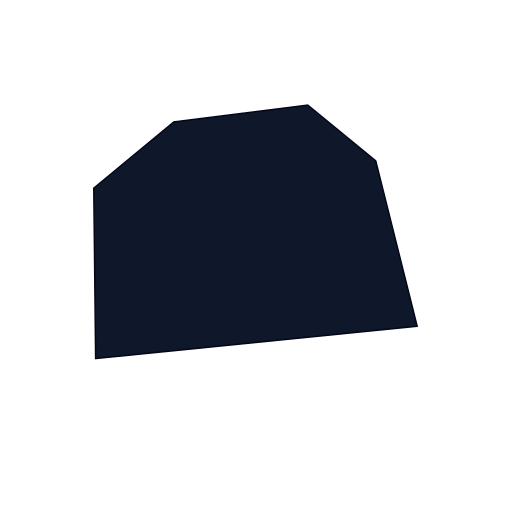 outline of Xgħajra, rotated 114°
{"feature_id": "MLT-5952", "entity_name": "Xgħajra", "entity_type": "state/province", "adm_level": 1, "iso_a3": "MLT", "parent_name": "Malta", "parent_adm1": "", "projection": "equal_earth", "projection_center": [14.546, 35.883], "detail": "fine", "context": "isolated", "style": "filled", "palette": "ink", "viewbox_px": 512, "rotation_deg": 114, "n_neighbors": 0, "source": "natural_earth", "source_scale": "10m", "svg_char_len": 252}
<svg xmlns="http://www.w3.org/2000/svg" viewBox="0 0 512 512"><g transform="rotate(114 256 256)"><path d="M254.6,80.2L414.9,360.8L260.0,431.8L166.9,385.6L97.1,270.1L120.4,185.3L254.6,80.2Z" fill="#0f172a" stroke="#020617" stroke-width="1.5"/></g></svg>